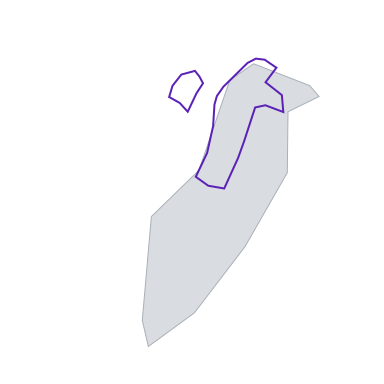 Ash Shamālīyah highlighted on a map of Bahrain, rotated 33°
{"feature_id": "BHR-4927", "entity_name": "Ash Shamālīyah", "entity_type": "Governorate", "adm_level": 1, "iso_a3": "BHR", "parent_name": "Bahrain", "parent_adm1": "", "projection": "mercator", "projection_center": [50.465, 26.145], "detail": "fine", "context": "in_parent", "style": "outline", "palette": "violet", "viewbox_px": 384, "rotation_deg": 33, "n_neighbors": 0, "source": "natural_earth", "source_scale": "10m", "svg_char_len": 757}
<svg xmlns="http://www.w3.org/2000/svg" viewBox="0 0 384 384"><g transform="rotate(33 192 192)"><path d="M259.8,292.1L239.5,345.3L220.2,326.7L171.3,234.7L186.0,169.9L162.8,77.6L173.8,50.9L232.8,38.7L246.5,42.7L228.8,72.4L261.4,123.9L266.2,209.1L259.8,292.1Z" fill="#d9dde1" stroke="#a8b0b8" stroke-width="1"/><path d="M186.9,177.2L183.4,151.0L173.8,125.2L163.2,106.4L160.6,98.0L161.0,86.6L168.3,53.5L172.9,45.4L181.0,41.4L181.1,41.5L181.7,41.5L195.1,41.8L193.9,59.9L214.6,61.8L225.0,75.2L206.3,79.3L198.9,86.7L208.0,120.8L212.1,138.3L217.1,171.5L202.2,177.9L186.9,177.2ZM128.5,88.8L135.3,91.1L142.0,94.8L142.0,106.8L143.3,116.5L144.7,127.0L133.2,124.0L121.1,124.8L117.8,113.5L119.1,99.3L128.5,88.8Z" fill="none" stroke="#5b21b6" stroke-width="2"/></g></svg>